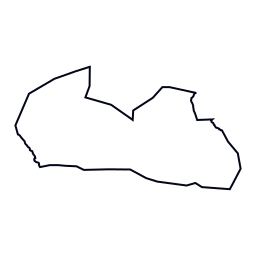 outline of Xaliun, Govi-Altay, Mongolia
{"feature_id": "93677404B94337153520501", "entity_name": "Xaliun", "entity_type": "district", "adm_level": 2, "iso_a3": "MNG", "parent_name": "Mongolia", "parent_adm1": "Govi-Altay", "projection": "natural_earth1", "projection_center": [96.084, 46.015], "detail": "fine", "context": "isolated", "style": "outline", "palette": "ink", "viewbox_px": 256, "rotation_deg": 0, "n_neighbors": 0, "source": "geoboundaries", "source_scale": "gbopen_adm2", "svg_char_len": 1758}
<svg xmlns="http://www.w3.org/2000/svg" viewBox="0 0 256 256"><path d="M228.0,141.6L222.1,130.6L221.9,130.4L221.7,130.2L221.3,130.3L220.8,130.2L220.5,129.9L220.2,129.8L219.9,129.4L219.6,129.3L219.4,129.2L219.2,129.2L219.2,128.9L219.1,128.7L218.4,128.4L217.8,128.1L217.3,127.9L216.6,127.8L216.2,127.7L215.8,127.3L215.3,126.6L214.8,125.9L214.7,125.5L214.3,125.3L214.3,124.9L214.2,124.7L213.8,124.4L213.7,124.2L213.5,123.6L213.4,123.2L213.1,122.9L212.6,122.7L211.8,122.2L211.5,121.8L211.4,121.2L211.1,120.6L212.4,119.4L197.2,120.0L194.9,113.0L194.6,112.5L193.7,110.5L193.6,108.9L193.2,107.4L193.2,105.7L192.7,104.3L192.3,103.3L191.5,101.9L191.0,100.7L191.0,100.3L191.2,99.9L191.3,99.5L191.4,99.0L191.3,98.6L191.4,98.1L191.9,97.7L192.5,97.3L193.3,96.4L193.6,95.5L193.9,94.8L194.3,93.8L194.4,93.5L194.9,93.2L196.3,93.0L169.4,87.1L162.4,87.1L152.8,97.8L133.2,110.5L132.7,119.9L111.2,104.8L85.4,97.4L89.6,86.0L89.8,66.8L75.3,71.4L54.4,78.8L29.0,93.7L15.4,125.4L17.9,134.4L19.1,134.9L20.2,136.0L21.3,137.6L23.8,140.4L24.6,141.3L24.9,142.7L25.3,143.6L25.9,144.5L26.7,145.1L27.6,146.5L28.1,147.0L28.9,147.5L29.6,148.2L29.7,148.7L29.9,149.1L29.9,149.8L30.0,150.2L30.9,150.7L32.0,151.0L32.5,151.9L32.8,152.5L32.7,152.9L32.8,153.3L33.4,154.3L34.9,156.3L35.1,157.0L35.2,157.6L35.3,158.1L35.1,158.2L34.7,158.2L34.5,158.5L34.6,158.9L34.2,159.4L34.3,160.2L34.5,160.8L34.9,161.1L35.3,161.3L35.7,161.8L36.6,162.2L37.9,162.5L38.7,162.9L39.1,163.7L39.1,164.2L38.9,164.5L38.9,165.0L39.2,165.5L39.4,165.9L39.5,166.4L40.0,167.1L49.9,165.1L58.0,165.1L65.3,165.8L76.5,166.3L83.8,169.9L109.1,169.3L130.2,169.5L146.1,178.1L157.3,181.6L186.6,185.5L195.4,183.0L201.9,187.1L229.8,189.2L232.2,184.8L240.6,168.7L237.8,153.3L228.0,141.6Z" fill="none" stroke="#020617" stroke-width="2"/></svg>